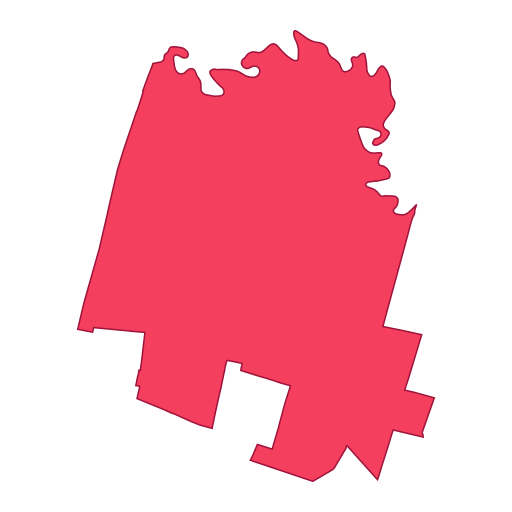 the district of Axintele, Ialomita, Romania
{"feature_id": "2599482B81845077877895", "entity_name": "Axintele", "entity_type": "district", "adm_level": 2, "iso_a3": "ROU", "parent_name": "Romania", "parent_adm1": "Ialomita", "projection": "equal_earth", "projection_center": [26.784, 44.584], "detail": "fine", "context": "isolated", "style": "filled", "palette": "rose", "viewbox_px": 512, "rotation_deg": 0, "n_neighbors": 0, "source": "geoboundaries", "source_scale": "gbopen_adm2", "svg_char_len": 5841}
<svg xmlns="http://www.w3.org/2000/svg" viewBox="0 0 512 512"><path d="M422.9,434.4L422.5,434.3L422.2,432.4L434.3,397.9L414.2,392.3L404.7,390.1L408.7,377.8L421.7,334.7L404.0,330.8L382.9,326.5L387.3,310.1L405.6,243.0L411.0,222.6L412.7,217.4L413.6,215.8L414.5,213.7L414.7,212.3L414.8,210.1L416.6,204.4L415.6,205.6L412.3,208.9L409.9,211.1L408.6,212.4L406.8,213.6L405.2,214.4L403.8,214.8L402.0,214.9L398.1,214.4L395.8,213.8L394.2,212.7L393.6,212.0L393.4,211.0L393.5,209.9L393.9,209.3L396.7,206.2L397.3,204.6L397.8,203.0L398.0,201.7L398.0,199.3L396.7,197.3L395.2,196.4L392.6,196.0L385.2,195.8L382.7,196.2L381.5,196.2L380.5,195.7L378.2,193.1L377.7,192.3L374.8,189.9L373.2,189.0L367.4,186.8L366.5,186.2L365.7,185.2L365.8,184.6L366.0,184.0L366.5,183.2L367.4,182.4L369.1,181.9L375.6,181.1L377.1,181.1L386.1,179.1L388.1,178.5L389.3,177.7L389.8,176.4L389.9,175.3L389.9,174.0L389.6,172.7L389.1,171.7L388.0,169.9L386.8,168.5L385.5,167.4L383.8,166.3L382.7,165.9L380.0,165.3L379.3,164.7L378.5,163.1L378.4,162.1L378.5,161.0L378.9,159.6L381.7,154.8L381.8,154.0L381.5,153.3L381.1,152.9L379.8,152.7L376.8,152.9L375.3,153.1L372.1,153.0L370.2,152.6L369.0,152.1L367.9,151.4L366.0,149.9L364.5,148.4L363.3,146.6L361.6,142.6L360.0,138.1L358.0,131.9L357.7,130.6L357.7,129.5L358.0,128.6L359.7,127.2L361.5,126.9L364.1,126.9L369.7,127.6L371.5,128.2L375.0,129.6L378.5,130.7L379.4,131.2L380.2,131.9L380.7,132.7L381.0,133.5L381.0,134.8L380.8,135.6L380.3,136.5L379.3,137.4L377.8,138.2L375.1,138.8L374.1,139.7L372.8,142.4L372.7,143.5L373.5,144.7L374.1,145.1L375.0,145.2L376.5,145.2L378.0,144.8L381.5,142.9L383.7,141.3L385.3,139.7L386.9,137.9L389.1,133.9L389.2,132.6L389.0,132.0L387.6,130.6L385.7,129.4L384.4,128.2L383.2,125.6L383.4,124.3L383.7,122.8L384.1,121.9L384.6,120.9L385.6,119.4L391.8,111.6L392.8,110.1L393.6,108.6L393.9,107.6L394.9,103.7L394.9,102.8L394.8,102.1L394.2,100.5L392.5,97.7L392.0,96.7L391.3,95.0L390.9,93.2L390.5,91.0L390.1,86.9L390.1,84.6L390.3,81.7L390.2,80.2L389.9,79.0L388.7,75.1L387.0,71.1L386.1,69.6L384.5,67.5L383.6,66.6L382.5,66.0L381.5,66.0L380.5,66.6L378.7,68.5L376.1,73.1L374.7,74.9L372.8,76.2L371.2,76.4L370.4,76.3L370.0,76.1L369.2,75.3L367.9,73.1L367.2,71.5L366.9,70.3L366.6,65.8L366.4,63.1L365.9,60.0L365.2,55.9L364.8,54.1L364.5,53.8L364.1,53.5L363.5,53.4L362.8,53.4L360.5,54.5L359.0,55.9L358.6,56.4L358.0,56.9L357.4,57.2L356.3,57.4L353.8,56.9L352.8,57.1L352.1,57.6L351.6,58.4L351.2,59.6L352.4,63.4L352.7,64.9L352.7,65.6L352.5,66.4L351.8,67.9L350.8,69.2L349.7,70.1L348.4,70.9L346.9,71.5L345.8,71.7L344.9,71.8L343.7,71.6L343.2,71.2L342.2,70.2L341.7,69.5L339.6,64.4L338.5,62.6L337.9,62.0L335.1,59.6L331.2,57.0L329.1,54.2L328.2,52.4L327.6,49.0L326.9,47.5L325.8,46.1L325.4,45.7L323.8,44.3L321.8,43.4L319.7,42.7L314.7,42.0L313.6,41.6L310.1,40.2L306.3,38.0L300.1,33.5L297.3,31.6L296.4,31.1L295.2,30.7L294.5,30.9L294.1,31.3L293.9,31.8L293.8,32.6L293.8,34.0L293.9,35.2L294.4,37.3L297.0,43.3L297.8,46.1L298.4,48.9L298.5,50.3L298.2,59.0L297.9,59.8L297.3,60.4L295.9,60.6L294.3,60.5L293.5,60.2L291.4,59.0L288.5,57.1L286.4,55.4L282.0,51.2L277.3,45.8L276.4,45.0L275.4,44.4L273.7,43.8L272.9,43.8L271.7,44.1L269.9,45.1L268.9,45.9L264.0,50.4L261.4,52.0L260.4,52.4L259.2,52.6L257.9,52.5L254.1,51.9L252.1,52.0L251.2,52.2L249.0,53.2L247.7,54.2L246.6,55.4L246.1,56.2L245.0,57.7L242.8,59.4L242.3,60.1L241.9,60.9L241.6,61.9L241.4,63.1L241.5,63.8L241.8,64.7L242.8,66.3L243.5,67.2L244.4,67.7L246.2,68.6L248.4,68.4L253.2,66.2L254.5,66.1L256.4,66.4L257.0,66.6L258.0,67.4L259.0,68.6L259.6,69.8L259.8,70.9L259.7,72.2L259.2,73.6L258.9,74.1L257.6,75.6L256.2,76.6L254.9,77.2L254.4,77.3L250.2,77.1L247.8,76.6L245.0,75.5L240.4,72.7L238.1,71.5L237.1,71.1L233.6,70.3L228.7,69.5L222.3,69.4L217.1,69.6L214.0,69.1L213.1,69.3L211.5,70.0L210.2,71.0L209.9,71.5L209.9,71.8L210.1,73.7L210.8,75.1L211.5,76.2L212.9,78.1L215.3,81.0L218.1,84.0L220.6,86.4L222.5,87.9L223.4,89.4L224.0,90.8L224.1,91.2L223.9,92.6L223.6,93.5L223.2,94.5L222.4,95.2L220.2,95.9L217.7,96.1L214.7,96.2L211.7,95.8L205.1,94.5L203.6,93.6L202.8,93.0L202.1,92.2L201.6,91.5L201.2,90.8L201.0,90.1L200.9,83.8L200.2,80.9L198.9,78.5L198.4,78.0L196.7,75.3L195.6,72.3L195.2,71.5L194.1,69.7L193.0,69.0L192.1,68.7L191.2,68.7L189.7,68.9L188.7,69.4L187.2,70.4L184.5,72.9L183.5,73.4L181.9,73.9L180.0,73.8L178.8,73.4L177.6,72.6L176.2,71.0L175.3,69.4L174.4,65.9L173.7,60.9L173.5,58.2L173.5,57.5L173.7,56.7L174.1,56.2L175.0,55.4L175.7,55.0L176.4,55.0L177.5,55.1L180.2,56.3L182.2,57.4L183.5,57.9L184.4,58.0L185.6,57.9L186.7,57.5L187.6,56.9L187.7,56.4L188.1,55.4L188.2,54.0L188.0,53.3L187.7,52.4L187.2,51.5L185.6,50.0L184.0,48.7L182.9,48.1L181.0,47.6L176.5,46.9L172.7,46.8L171.6,46.9L170.8,47.2L170.0,47.8L169.3,48.8L168.0,51.9L166.7,53.1L165.5,53.9L164.6,55.0L164.3,56.0L164.2,57.4L163.9,59.0L163.7,59.6L163.1,60.4L162.6,60.9L161.1,61.9L160.1,62.2L158.1,62.4L155.4,63.1L153.0,63.4L150.7,69.8L148.3,75.7L142.8,90.7L143.0,91.0L143.0,91.9L141.8,96.3L137.1,110.8L136.7,111.1L123.7,149.5L117.6,169.3L108.5,208.4L107.1,215.1L99.2,249.0L84.4,301.2L83.1,306.3L77.7,329.3L92.6,332.2L93.7,327.6L129.6,331.0L130.1,331.2L144.9,332.4L142.1,356.9L141.2,364.0L140.3,370.2L138.9,370.2L138.3,374.5L137.9,375.3L135.8,385.6L139.0,386.1L139.5,386.4L139.6,386.8L139.5,387.6L137.0,398.6L164.1,409.7L172.2,413.4L173.2,413.5L191.0,421.5L199.7,425.0L212.1,428.4L215.5,412.0L218.1,400.1L220.8,388.6L224.0,373.0L224.8,370.0L224.7,368.9L226.8,360.6L226.9,360.4L227.1,360.4L234.2,361.7L241.9,363.4L241.9,365.0L241.2,367.9L240.8,370.5L260.3,376.6L265.8,378.1L281.0,383.1L290.5,385.8L285.9,400.2L284.1,406.3L278.9,425.7L278.8,426.5L275.1,438.9L274.8,439.9L274.8,440.6L274.5,441.0L272.2,449.1L257.4,444.4L252.8,455.3L250.3,460.3L312.8,481.3L330.2,471.1L333.3,469.2L333.7,468.8L334.2,468.1L346.0,448.3L346.4,446.1L347.1,445.8L377.5,479.7L378.8,476.1L382.7,463.2L386.1,452.7L393.1,430.0L423.2,437.1L422.9,434.4Z" fill="#f43f5e" stroke="#9f1239" stroke-width="1.5"/></svg>